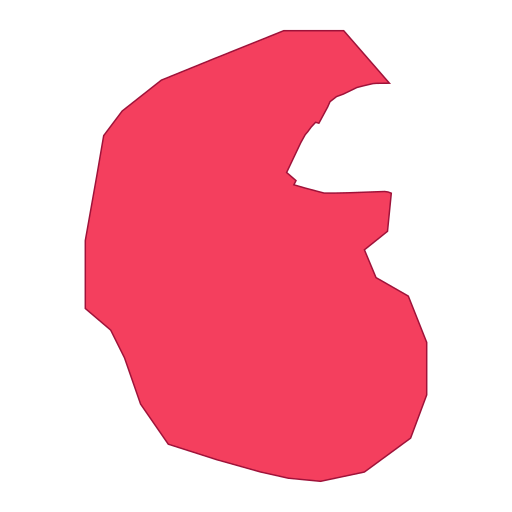 Kumasi Metropolitan, Ashanti, Ghana (Equal Earth projection)
{"feature_id": "2480657B53854728613413", "entity_name": "Kumasi Metropolitan", "entity_type": "district", "adm_level": 2, "iso_a3": "GHA", "parent_name": "Ghana", "parent_adm1": "Ashanti", "projection": "equal_earth", "projection_center": [-1.615, 6.69], "detail": "fine", "context": "isolated", "style": "filled", "palette": "rose", "viewbox_px": 512, "rotation_deg": 0, "n_neighbors": 0, "source": "geoboundaries", "source_scale": "gbopen_adm2", "svg_char_len": 741}
<svg xmlns="http://www.w3.org/2000/svg" viewBox="0 0 512 512"><path d="M389.4,83.2L343.7,30.7L283.7,30.7L214.5,58.5L161.4,80.1L122.2,111.0L103.7,135.6L96.8,175.8L85.3,240.6L85.3,308.5L110.7,330.1L124.5,357.8L140.6,404.1L168.3,444.2L216.8,459.7L260.6,472.0L288.3,478.2L320.6,481.3L364.4,472.0L410.6,438.1L426.7,394.9L426.7,342.4L408.3,296.1L376.0,277.6L364.4,249.8L387.5,231.3L391.3,193.2L388.1,192.0L384.7,191.5L348.2,192.8L334.3,193.1L324.2,193.1L316.2,191.0L304.9,188.0L293.9,184.8L296.0,180.6L286.6,172.5L300.8,142.6L305.2,134.7L307.9,131.5L311.2,127.0L315.6,122.3L318.9,123.2L327.6,107.1L330.0,101.7L336.5,96.6L343.3,94.1L356.9,87.5L363.5,85.8L372.9,83.6L376.7,83.3L389.4,83.2Z" fill="#f43f5e" stroke="#9f1239" stroke-width="1.5"/></svg>